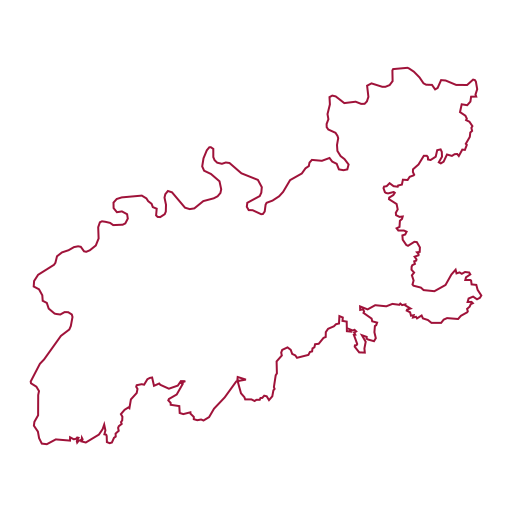 Cañadas de Obregón, Jalisco, Mexico
{"feature_id": "50627088B32610413083762", "entity_name": "Cañadas de Obregón", "entity_type": "district", "adm_level": 2, "iso_a3": "MEX", "parent_name": "Mexico", "parent_adm1": "Jalisco", "projection": "albers", "projection_center": [-102.677, 21.168], "detail": "fine", "context": "isolated", "style": "outline", "palette": "rose", "viewbox_px": 512, "rotation_deg": 0, "n_neighbors": 0, "source": "geoboundaries", "source_scale": "gbopen_adm2", "svg_char_len": 6031}
<svg xmlns="http://www.w3.org/2000/svg" viewBox="0 0 512 512"><path d="M393.1,69.1L392.4,70.4L392.6,81.1L389.6,85.1L385.4,86.8L382.3,86.8L371.5,83.4L367.1,85.7L368.4,96.9L366.9,101.4L364.6,103.8L361.2,103.9L355.6,101.7L344.3,103.1L335.7,96.4L332.3,95.6L329.5,97.1L329.9,104.4L327.5,114.1L328.4,119.2L326.6,124.0L326.7,127.2L328.3,129.5L335.5,132.8L337.5,135.9L338.2,138.2L337.0,145.0L337.4,150.9L340.6,156.1L344.5,159.1L348.6,164.5L347.3,169.4L343.5,170.2L338.9,169.4L336.7,163.8L332.2,161.6L329.5,158.0L321.9,160.8L311.9,159.9L309.5,162.6L308.8,166.1L305.5,168.3L301.8,173.5L290.1,180.1L283.1,191.9L279.1,196.3L272.5,200.6L266.6,202.8L265.6,204.7L264.7,211.5L262.9,214.0L261.2,214.2L252.6,210.2L248.7,210.1L246.8,206.8L247.3,202.8L259.7,196.1L261.3,192.7L261.8,187.2L257.9,179.9L241.4,173.3L229.5,163.0L225.8,162.5L221.9,163.8L217.2,162.7L214.6,160.2L213.3,157.1L213.3,148.9L210.8,147.2L209.3,147.3L206.8,150.3L203.5,158.3L202.2,166.4L204.1,170.7L211.0,174.0L219.5,181.3L221.2,189.3L220.4,193.0L217.6,196.3L213.8,198.3L203.3,201.1L194.3,208.4L189.7,209.1L185.0,207.7L172.0,192.3L167.9,191.0L165.3,194.2L164.5,197.6L166.0,204.8L165.8,211.6L164.7,214.2L160.2,217.1L157.6,216.9L156.1,215.4L156.7,208.7L152.8,207.1L151.6,203.8L148.2,201.2L146.4,198.4L141.8,195.6L121.7,197.4L116.7,199.0L113.5,202.6L113.6,208.1L116.9,212.2L121.9,211.4L127.1,214.2L127.8,218.6L125.3,223.4L122.7,224.7L113.2,225.1L110.1,222.9L105.4,221.8L102.0,221.3L99.9,222.3L98.2,227.2L98.6,238.5L95.8,245.5L89.8,250.3L86.2,251.8L84.0,251.3L80.8,246.8L78.1,246.3L74.0,247.1L68.6,250.2L62.0,252.4L57.0,256.3L55.4,262.8L54.0,264.8L38.1,274.8L34.1,281.0L33.7,286.5L39.0,289.3L42.3,295.3L42.7,300.8L46.8,302.9L48.7,308.6L54.6,313.6L56.4,314.0L60.3,314.5L64.6,312.1L68.2,312.2L71.8,314.5L72.5,317.0L70.8,326.1L69.3,329.5L60.9,335.9L44.1,359.4L39.9,363.8L30.7,381.5L31.0,383.3L36.4,386.7L39.0,391.1L38.2,395.0L38.1,415.3L34.4,421.8L33.9,425.7L37.9,431.6L39.1,438.2L41.8,443.6L46.8,444.2L55.8,439.4L70.0,440.6L70.1,437.3L73.8,439.3L76.2,438.7L77.2,437.5L78.5,437.8L76.8,441.1L77.2,442.6L78.6,440.8L81.7,439.7L81.9,437.9L82.6,439.3L81.5,441.4L85.8,442.5L98.9,434.6L102.6,429.2L104.2,424.6L105.4,430.4L104.4,434.3L106.2,434.7L106.7,436.1L106.9,442.1L109.7,443.2L111.9,442.5L114.0,437.8L115.7,436.6L115.6,433.6L118.7,430.8L118.1,427.9L118.8,426.2L121.7,423.9L121.0,422.1L122.2,420.4L122.4,416.7L120.9,414.1L124.6,409.8L128.4,407.4L129.4,408.2L130.9,399.4L136.7,393.0L137.5,388.9L136.2,386.8L136.7,385.2L141.7,384.2L144.1,384.7L147.4,379.2L149.9,377.9L152.1,377.5L154.0,385.8L159.2,383.5L160.3,384.8L168.9,388.7L177.8,385.6L180.9,381.1L185.3,381.2L180.8,383.0L182.7,384.0L176.7,394.5L168.9,399.0L168.3,400.4L170.6,402.8L170.7,404.8L179.3,406.1L179.7,413.0L183.3,414.1L190.4,412.3L190.5,413.7L193.8,416.9L193.8,419.2L197.3,420.2L201.1,419.5L203.5,420.5L209.1,417.1L214.0,408.7L224.7,397.4L236.2,381.5L238.4,380.5L237.4,379.7L237.7,377.0L245.9,379.6L238.7,380.9L238.0,382.5L241.0,393.3L244.4,397.2L245.2,399.4L251.4,399.4L254.6,401.0L256.4,399.8L259.7,399.8L260.5,398.0L262.3,397.9L264.2,395.7L266.7,396.3L269.0,400.1L272.3,396.3L273.4,390.3L274.6,388.9L273.9,387.1L275.7,375.3L276.9,373.4L276.6,361.4L281.8,355.5L281.2,352.6L282.2,349.9L287.5,347.4L290.7,349.8L292.2,353.9L295.3,355.4L297.0,357.8L308.4,354.9L309.9,352.0L312.1,351.4L312.5,348.4L314.4,347.3L315.1,344.2L318.7,343.8L323.5,337.9L325.7,337.0L325.8,332.1L328.1,328.8L333.9,326.3L336.0,324.2L339.0,323.5L339.4,316.1L342.8,317.5L342.5,320.9L346.7,321.6L346.9,331.2L350.7,331.6L349.2,329.1L352.8,330.5L354.5,329.8L356.2,331.4L354.2,332.6L355.3,334.7L353.9,334.9L357.2,344.0L356.5,345.2L354.9,345.4L354.7,346.7L359.2,352.4L364.8,352.6L364.4,348.5L365.7,341.8L361.9,335.2L366.7,336.9L366.6,338.7L368.0,339.5L374.0,341.2L375.8,338.2L374.4,332.2L374.9,326.0L376.2,325.2L377.1,322.6L372.2,321.3L371.6,318.6L363.5,312.9L364.1,311.4L363.0,309.3L360.2,309.9L360.1,306.4L367.6,309.4L375.2,305.2L386.3,306.3L392.4,303.9L399.3,304.8L400.3,303.6L402.1,305.1L405.4,304.4L405.3,305.4L410.5,308.5L407.1,309.6L406.7,310.6L410.1,312.3L411.0,315.7L413.7,315.2L413.0,317.5L416.0,316.8L417.0,318.4L421.6,315.5L422.9,318.4L427.9,320.0L431.5,322.9L441.1,322.9L443.7,319.6L447.1,318.1L458.1,319.0L460.9,315.8L467.2,312.3L467.8,311.3L467.1,308.9L469.7,306.6L470.7,304.2L472.8,303.2L471.5,301.9L467.6,302.0L468.6,298.5L473.1,296.6L477.0,299.3L479.9,297.8L481.3,295.5L477.6,289.8L476.3,284.9L471.6,284.4L471.1,280.6L470.2,280.0L465.3,280.0L466.0,277.3L470.3,274.4L469.2,272.5L465.0,272.0L461.8,273.8L459.5,272.4L456.5,273.4L455.6,269.7L451.4,274.5L445.5,285.0L434.4,291.2L423.6,290.1L420.9,287.6L413.5,285.7L412.5,284.5L413.6,280.5L411.9,275.3L414.1,272.6L411.5,269.7L411.6,266.8L412.3,265.2L414.9,263.9L414.2,261.3L416.2,260.6L416.5,259.4L414.6,256.7L418.5,255.3L418.6,254.1L417.0,252.3L419.7,251.9L419.9,247.4L416.8,242.1L414.4,241.8L408.0,245.8L406.3,245.0L402.7,239.7L402.4,235.4L405.2,234.5L406.6,231.7L403.8,230.5L398.3,230.5L396.6,228.3L399.5,226.9L399.9,220.8L402.0,218.9L402.7,216.5L399.5,216.9L396.1,215.2L395.8,212.8L397.7,209.4L396.6,204.0L389.0,199.2L389.2,197.6L393.3,195.1L394.8,192.8L393.7,192.0L388.1,193.4L386.1,193.0L384.9,192.2L383.5,188.1L384.1,186.6L386.6,186.2L389.6,183.2L393.6,186.2L397.7,186.7L398.1,185.5L401.9,184.6L402.9,179.7L407.6,180.0L409.7,176.8L413.6,175.4L414.2,174.8L412.9,172.0L413.0,169.3L418.5,164.5L423.8,155.8L426.8,155.8L427.9,157.1L428.0,159.5L430.6,160.0L435.7,156.7L437.2,150.2L440.6,149.4L441.8,151.9L442.0,156.7L438.8,162.3L440.8,163.4L443.6,161.7L447.0,154.5L451.9,155.9L454.6,154.2L457.2,154.0L458.8,156.0L462.3,149.6L464.9,149.9L466.8,144.9L465.8,143.8L469.8,136.9L470.3,132.5L472.1,130.9L471.4,127.9L472.4,126.1L469.4,121.7L466.1,120.1L466.8,118.6L465.4,115.7L460.0,112.1L461.7,104.3L467.2,105.2L470.4,101.6L471.1,96.7L476.2,96.6L475.5,94.5L477.2,89.2L475.9,81.7L474.9,80.1L473.1,79.6L467.1,85.0L456.1,84.9L445.6,80.5L441.1,80.1L437.6,88.0L435.1,89.4L432.0,84.9L426.1,84.7L423.5,83.3L419.5,77.4L413.9,71.7L409.1,68.5L407.5,67.8L393.1,69.1Z" fill="none" stroke="#9f1239" stroke-width="2"/></svg>